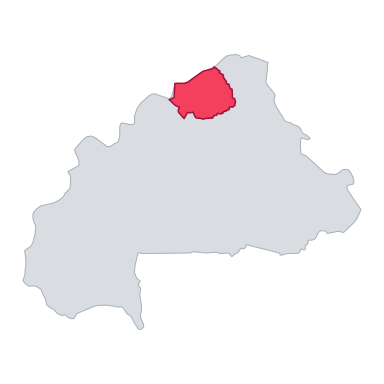 Soum, Soum, Burkina Faso shown in context
{"feature_id": "67063806B70466570504467", "entity_name": "Soum", "entity_type": "district", "adm_level": 2, "iso_a3": "BFA", "parent_name": "Burkina Faso", "parent_adm1": "Soum", "projection": "robinson", "projection_center": [-1.051, 14.286], "detail": "fine", "context": "in_parent", "style": "filled", "palette": "rose", "viewbox_px": 384, "rotation_deg": 0, "n_neighbors": 0, "source": "geoboundaries", "source_scale": "gbopen_adm2", "svg_char_len": 7388}
<svg xmlns="http://www.w3.org/2000/svg" viewBox="0 0 384 384"><path d="M297.5,253.2L286.5,253.7L282.5,255.0L280.1,255.0L280.0,253.9L279.7,253.2L265.9,249.5L256.1,247.2L246.3,244.7L245.7,247.1L244.3,248.6L242.2,248.7L240.7,248.3L239.7,250.1L238.1,252.5L235.8,253.6L233.5,255.1L232.3,256.4L231.4,256.4L229.1,253.4L226.1,253.1L220.5,253.6L218.0,252.8L214.5,252.4L206.4,253.0L193.4,251.7L191.3,252.4L190.7,253.0L177.9,253.1L163.7,253.3L151.9,253.4L141.5,253.5L141.5,253.0L138.2,252.9L137.8,253.9L134.9,266.1L134.5,272.7L136.1,276.8L137.8,279.4L139.8,280.4L140.0,281.9L138.4,283.8L138.6,285.8L140.4,287.8L140.8,289.9L139.9,292.1L140.1,297.4L141.5,305.9L141.5,311.3L140.2,313.8L140.8,318.1L143.4,324.1L143.8,326.7L142.9,327.9L140.8,329.4L138.7,329.4L136.2,325.7L135.1,324.1L133.0,320.4L131.3,316.7L129.0,315.0L126.7,313.5L124.0,308.8L121.3,306.6L118.5,307.2L114.3,306.3L106.0,305.1L97.0,305.5L93.3,306.6L89.6,308.3L80.3,312.1L76.6,314.0L73.9,318.7L70.7,318.6L67.5,317.1L65.5,314.9L61.3,315.4L57.2,313.3L53.3,309.2L50.3,307.8L46.6,304.9L45.6,299.2L43.3,295.2L41.1,289.7L37.9,287.2L34.2,285.9L29.1,286.2L25.7,284.0L23.0,280.8L23.8,278.0L25.0,274.0L25.1,270.2L26.0,264.0L25.5,256.2L24.6,250.8L27.4,248.5L30.7,246.5L32.8,242.8L34.9,234.6L35.8,227.4L35.2,224.8L34.1,222.7L33.2,219.6L32.8,215.9L33.4,212.6L35.9,209.6L39.0,207.0L41.2,205.8L47.0,204.5L54.3,202.7L58.5,200.5L61.6,198.4L63.4,196.7L65.1,193.2L67.9,190.5L70.1,187.8L70.5,180.2L70.5,175.9L68.8,173.6L68.0,171.5L78.8,165.6L78.9,161.5L77.4,156.8L75.3,153.0L74.5,149.8L77.5,146.0L80.2,143.1L82.1,140.7L86.4,137.0L90.8,136.0L94.8,137.4L106.6,146.2L108.7,146.7L111.1,146.0L114.2,143.7L118.3,141.9L119.8,136.1L119.7,127.5L120.6,123.6L122.7,122.9L129.5,124.5L131.3,124.6L133.3,124.1L134.7,122.6L134.7,119.8L134.3,117.3L136.6,109.4L140.6,103.4L148.8,95.9L151.4,94.4L154.3,93.6L169.0,98.8L171.4,97.5L174.9,84.8L178.9,83.6L183.7,83.3L186.8,82.2L188.4,81.4L195.3,76.5L207.6,69.9L214.2,67.1L215.5,66.1L220.3,61.4L226.5,56.0L230.5,55.0L236.1,54.6L239.5,55.4L240.5,57.0L241.6,57.7L248.8,55.5L259.2,59.1L268.1,62.6L267.5,64.9L267.5,68.9L266.8,75.2L265.9,82.8L269.6,87.7L274.0,93.0L275.2,95.0L274.0,100.2L274.8,103.3L277.2,108.3L281.2,114.8L285.3,121.4L288.1,122.3L290.8,122.8L292.4,124.0L294.8,125.1L297.2,125.9L299.3,127.3L300.6,128.8L302.3,132.8L306.9,135.5L310.1,138.2L308.8,139.6L304.8,139.0L301.1,137.9L300.6,139.8L300.4,147.3L301.0,153.6L301.9,154.4L305.7,155.5L314.8,163.7L323.0,171.3L325.7,173.3L330.2,174.1L335.3,174.4L337.5,173.7L342.4,169.8L345.0,169.4L347.4,169.5L348.7,170.1L351.1,173.3L353.3,178.0L353.9,181.6L353.7,183.4L353.0,184.2L348.9,185.1L347.2,185.8L346.8,186.8L347.4,189.2L348.2,190.7L352.6,197.6L359.0,206.8L361.0,209.2L359.9,212.0L356.6,219.2L354.2,222.3L343.6,232.5L338.3,231.3L327.3,233.4L325.7,231.0L323.1,230.7L319.9,231.1L318.8,232.0L318.4,233.0L317.3,234.4L315.3,238.5L313.7,239.5L311.8,240.2L309.4,240.1L308.0,240.6L308.0,242.6L307.5,244.4L305.9,245.2L305.2,247.2L305.4,249.1L304.4,250.0L302.4,249.5L301.1,249.0L300.0,251.5L298.6,253.2L297.5,253.2Z" fill="#d9dde1" stroke="#a8b0b8" stroke-width="1"/><path d="M184.1,118.5L184.2,118.4L184.3,118.1L184.4,117.9L184.5,117.5L184.6,117.4L184.8,117.3L184.9,117.2L185.0,117.1L185.3,116.4L185.7,115.8L186.3,114.7L186.8,113.8L187.1,113.1L187.3,112.7L187.5,112.5L187.6,112.4L187.7,112.5L187.9,112.6L188.1,112.6L188.6,112.7L189.5,112.9L189.8,112.9L191.7,112.5L192.3,112.4L193.0,112.2L193.1,112.3L193.4,112.9L193.6,113.4L193.9,114.0L194.2,114.9L194.9,116.4L195.2,116.8L195.5,117.2L195.9,117.6L196.2,117.9L196.6,118.0L196.9,118.1L197.7,118.1L198.5,118.1L199.4,118.3L199.9,118.3L200.4,118.4L201.1,118.5L202.8,119.1L203.0,119.2L203.5,119.1L204.2,118.8L205.7,118.4L206.0,118.4L206.3,118.5L206.5,118.6L206.9,118.4L207.1,118.2L207.3,118.1L207.5,118.1L207.8,118.1L208.3,118.3L208.8,118.3L209.3,118.3L209.8,118.2L210.3,118.1L210.5,118.0L210.6,117.9L210.8,117.7L211.1,117.5L211.3,117.5L211.6,117.9L211.8,118.2L212.1,118.2L212.3,118.2L212.6,118.0L212.8,117.8L213.0,117.6L213.1,117.2L213.5,116.3L213.7,116.1L214.4,115.5L214.7,115.4L214.9,115.3L215.0,115.3L215.3,115.4L215.5,115.4L216.0,115.3L216.3,115.3L216.6,115.3L216.7,115.2L216.8,115.0L216.9,114.8L216.9,114.5L216.9,114.2L217.0,114.0L217.1,113.8L217.1,113.7L217.4,113.4L217.5,113.4L218.0,113.3L218.8,113.5L219.0,113.7L219.4,113.8L219.8,113.9L220.1,114.0L220.3,114.0L220.5,113.9L220.8,113.8L220.9,113.7L221.0,113.7L221.3,113.6L221.5,113.4L221.8,113.3L222.1,113.5L222.2,113.4L222.3,113.4L222.5,113.4L222.5,113.2L222.8,113.0L222.9,112.9L223.0,112.7L222.9,112.5L222.9,112.4L223.0,112.4L223.2,112.2L223.3,112.2L223.5,111.8L223.6,111.7L223.8,111.7L224.0,111.5L224.4,111.5L224.6,111.5L224.9,111.4L225.0,111.1L225.4,110.6L225.9,110.6L226.0,110.6L226.2,110.8L226.3,111.0L226.5,111.0L226.6,110.7L226.7,110.4L226.8,110.1L227.0,109.9L227.5,109.8L228.0,109.8L228.4,109.9L228.6,109.9L229.0,109.7L229.2,109.4L229.2,109.2L229.1,108.8L229.1,108.3L229.1,108.1L229.1,107.9L229.3,107.8L229.5,107.7L229.6,107.3L229.8,107.2L230.0,107.1L230.3,107.0L230.6,107.1L231.0,107.0L232.6,107.1L232.8,107.0L232.7,106.9L232.9,106.9L233.0,106.9L233.2,106.6L233.3,106.5L233.5,106.4L233.7,106.2L233.8,106.2L234.0,106.2L234.3,105.8L234.5,105.7L234.9,105.4L234.9,104.9L234.9,104.7L234.7,104.4L234.7,104.2L234.8,103.8L235.0,103.7L235.1,103.3L235.2,103.1L235.2,102.9L235.3,102.8L235.4,102.6L235.4,102.3L235.5,102.1L235.5,101.7L235.2,100.8L235.0,100.3L234.7,98.9L234.6,98.6L234.0,98.6L233.7,98.5L233.3,98.4L233.0,98.1L232.7,97.7L232.5,97.2L232.3,96.4L232.2,96.0L232.3,95.6L232.4,94.7L232.1,89.8L232.1,89.3L232.1,89.2L231.8,89.0L231.7,89.0L231.3,89.1L231.2,89.0L230.9,88.9L230.7,88.9L230.4,88.4L230.2,88.2L229.9,88.0L229.8,87.7L229.7,87.1L229.3,85.8L229.1,84.8L229.0,84.5L229.0,84.3L228.9,84.2L228.7,84.1L227.6,84.1L227.3,84.1L227.2,84.1L227.1,83.9L226.7,83.6L226.4,83.4L226.3,83.1L226.3,82.8L226.3,82.7L226.4,82.3L226.4,82.0L226.3,81.9L226.4,81.5L226.3,81.4L226.2,81.2L225.9,80.9L225.8,80.7L225.7,80.5L225.6,80.4L225.3,80.3L225.2,80.2L225.2,79.9L225.1,79.7L224.5,79.2L224.3,78.9L224.2,78.3L224.1,78.2L223.9,78.0L223.8,77.9L223.7,77.8L223.7,77.5L223.7,77.3L223.7,77.1L223.5,76.8L223.4,76.7L223.3,76.2L223.1,75.7L223.0,75.4L223.0,75.2L222.9,75.0L223.0,74.8L222.9,74.8L222.7,74.8L222.7,74.7L222.4,74.5L222.3,74.4L222.1,74.3L222.0,74.1L221.8,74.1L221.7,74.0L221.4,74.0L220.9,73.7L220.7,73.5L220.5,73.2L220.4,73.1L220.2,72.9L219.7,73.0L219.4,73.0L219.4,72.9L219.5,72.6L219.5,72.4L219.7,72.1L219.8,71.8L219.7,71.7L219.7,71.3L219.8,71.2L219.8,70.9L219.6,70.8L219.5,70.7L219.3,70.8L219.2,70.7L218.3,70.4L218.2,70.4L218.1,70.2L218.1,69.9L217.9,69.8L217.7,69.7L217.4,69.4L217.1,69.0L217.1,68.9L216.7,68.4L216.4,68.4L216.3,68.5L216.1,68.4L216.1,68.2L215.8,68.0L215.5,67.9L215.3,67.9L215.2,68.0L214.9,67.9L214.7,67.9L214.4,66.9L212.6,68.6L209.9,69.4L205.8,70.5L202.9,71.3L187.6,82.3L184.1,83.5L181.4,83.3L179.7,83.4L178.6,83.3L178.0,83.2L174.8,83.6L174.1,97.5L169.3,99.7L169.4,99.9L169.5,99.8L169.8,100.0L170.0,100.1L170.0,100.3L171.6,101.9L172.8,103.1L173.8,104.1L175.0,105.2L177.6,106.6L179.3,106.8L179.4,107.0L179.4,107.7L179.1,108.1L179.0,108.3L178.8,108.5L178.6,108.7L178.5,109.0L178.4,109.2L178.4,109.4L178.4,109.5L178.4,109.9L178.4,110.2L178.3,110.3L178.2,110.5L178.2,110.9L178.3,111.2L178.4,111.7L178.7,112.5L178.8,112.7L179.0,112.9L179.2,113.1L179.4,113.4L179.7,113.7L181.4,115.5L182.6,117.0L183.3,117.7L183.8,118.2L184.1,118.5Z" fill="#f43f5e" stroke="#9f1239" stroke-width="1.5"/></svg>